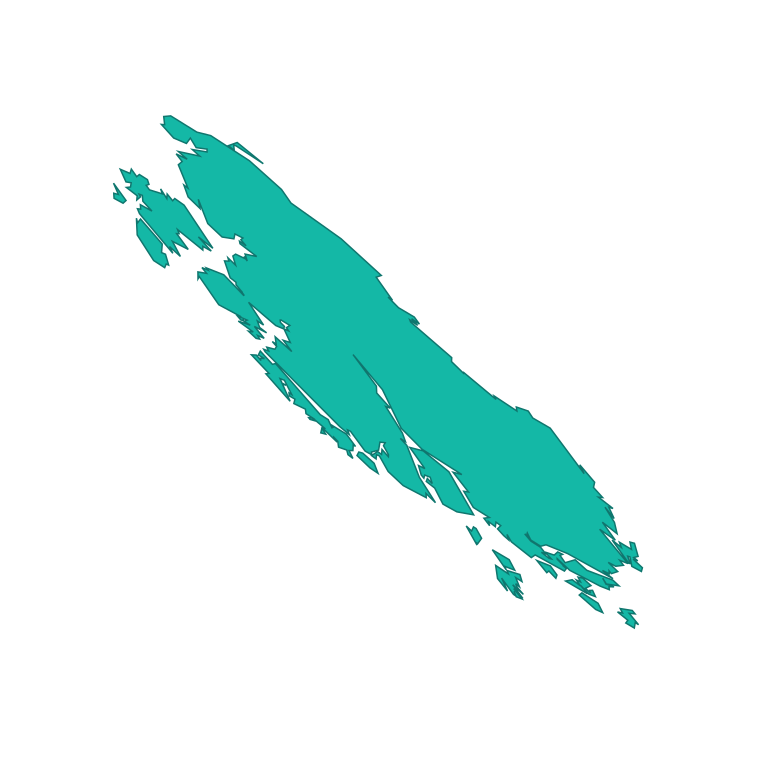 Hitra nor, Sør-Trøndelag, Norway (Equal Earth projection), rotated 232°
{"feature_id": "86288312B1227555163680", "entity_name": "Hitra nor", "entity_type": "district", "adm_level": 2, "iso_a3": "NOR", "parent_name": "Norway", "parent_adm1": "Sør-Trøndelag", "projection": "equal_earth", "projection_center": [8.707, 63.554], "detail": "fine", "context": "isolated", "style": "filled", "palette": "teal", "viewbox_px": 768, "rotation_deg": 232, "n_neighbors": 0, "source": "geoboundaries", "source_scale": "gbopen_adm2", "svg_char_len": 6131}
<svg xmlns="http://www.w3.org/2000/svg" viewBox="0 0 768 768"><g transform="rotate(232 384 384)"><path d="M548.2,302.6L525.9,312.4L523.7,312.6L527.2,310.4L522.6,310.6L520.4,312.4L522.6,313.3L518.6,315.5L519.4,312.4L512.7,314.8L523.3,307.9L505.5,313.0L509.1,309.7L498.7,311.3L495.9,313.7L500.1,314.3L493.8,317.7L509.2,317.3L496.6,323.0L505.1,320.8L511.6,323.0L504.6,325.4L531.8,327.6L496.7,334.7L489.3,338.8L490.7,341.0L496.4,340.3L498.3,341.5L497.9,342.2L488.1,345.9L488.5,341.8L484.6,341.5L489.0,339.1L474.4,335.7L480.5,331.5L466.3,331.3L488.2,327.3L481.8,323.6L486.2,322.1L479.7,322.5L478.6,319.4L485.2,314.3L481.0,313.4L485.4,310.6L482.6,310.2L377.7,322.9L365.6,325.5L370.3,327.0L367.3,328.5L342.7,327.8L335.7,330.8L338.1,332.2L335.2,339.0L340.7,345.0L337.0,348.8L335.7,345.6L325.5,344.0L324.0,342.7L333.6,342.1L330.0,338.7L334.7,337.4L335.3,330.1L329.8,331.6L332.9,334.6L330.2,336.1L312.5,333.4L292.1,336.6L268.4,347.3L271.9,349.7L258.8,351.5L288.7,354.4L321.6,364.2L331.1,363.3L325.3,365.4L334.1,368.3L365.1,371.5L361.0,374.1L381.4,372.7L387.0,376.7L426.3,377.7L380.5,379.3L338.4,370.3L309.2,373.8L264.7,389.6L271.9,384.1L246.9,384.1L250.4,380.8L231.7,378.4L214.0,384.8L216.7,380.1L207.3,380.0L211.3,381.7L203.0,383.9L206.2,387.2L200.5,388.8L200.0,384.3L190.8,385.0L184.5,386.2L189.8,388.3L181.2,387.2L156.5,393.2L156.2,397.9L125.5,411.0L126.3,414.1L130.5,413.2L131.0,413.6L139.3,412.6L139.8,413.0L122.7,415.7L91.6,429.9L83.2,434.9L85.7,436.5L82.5,440.4L89.6,435.7L96.4,436.8L89.5,436.1L80.3,444.9L88.5,443.6L112.4,429.1L127.8,426.4L131.7,416.7L140.6,417.2L139.8,419.9L144.7,417.5L144.4,412.8L152.5,407.4L143.1,408.2L145.1,406.7L154.5,404.4L150.6,406.9L158.8,406.9L169.7,403.0L179.3,402.6L174.4,403.6L177.9,404.5L178.4,405.2L170.7,403.6L159.7,407.6L157.5,412.7L137.3,424.3L89.6,444.6L102.6,441.3L95.8,444.7L98.2,446.3L94.6,446.4L92.3,452.7L105.4,450.9L97.7,454.4L93.7,461.1L100.0,461.2L92.3,465.7L136.8,464.5L118.5,470.1L140.7,471.0L122.5,475.5L133.1,480.4L150.9,482.3L136.3,482.5L148.5,485.3L144.9,487.8L162.8,483.3L159.9,486.4L173.5,485.4L176.9,489.5L199.8,488.5L190.1,486.5L246.9,487.8L265.6,480.3L273.9,481.0L284.4,474.1L280.9,472.1L306.6,463.5L302.9,462.8L344.9,453.7L342.5,453.4L360.1,451.0L363.1,453.6L416.4,443.1L418.7,443.8L409.5,446.6L418.5,445.9L409.4,448.8L418.1,449.1L435.2,442.4L450.0,440.7L444.7,442.2L473.0,443.6L471.2,448.7L524.9,439.6L583.9,422.1L600.4,423.0L642.8,415.4L686.4,400.4L697.7,391.6L726.6,381.0L730.4,375.1L723.4,370.8L725.6,368.4L707.3,369.7L695.2,376.4L697.0,382.8L685.9,381.5L678.0,389.2L675.8,387.4L686.8,377.3L677.0,379.1L693.8,365.1L682.3,367.3L693.3,361.9L683.6,361.9L683.4,356.9L659.1,350.1L664.0,348.8L652.0,344.8L635.5,347.1L643.9,351.4L618.9,343.9L599.5,346.9L590.8,355.1L594.0,358.9L585.9,362.7L585.8,360.0L577.8,360.4L585.4,358.0L583.2,356.9L562.8,362.2L571.9,354.5L565.1,351.9L570.7,352.3L568.3,351.7L577.7,347.0L577.9,343.7L569.0,340.2L579.5,338.7L576.3,337.4L579.2,334.1L562.4,328.2L555.3,330.0L553.2,328.5L543.5,328.8L543.1,328.4L540.9,328.5L539.7,328.0L568.7,325.0L584.8,315.5L582.1,315.4L587.8,312.2L580.4,312.3L586.9,306.4L581.4,302.2L582.4,304.6L548.2,302.6ZM668.8,296.2L617.0,298.1L624.4,299.6L609.9,302.1L626.7,305.1L610.6,312.6L630.2,313.2L628.6,315.1L632.8,316.4L601.1,323.7L604.0,326.0L595.1,329.7L614.2,328.3L596.3,332.7L648.0,336.6L659.0,333.3L658.5,330.3L667.2,330.1L663.8,327.0L675.3,328.1L670.3,326.4L681.4,318.7L687.0,318.9L686.0,321.7L690.7,323.4L699.7,320.2L699.6,316.8L708.9,317.2L706.3,313.5L715.6,308.4L702.1,305.1L698.2,308.7L695.3,305.5L697.5,302.0L684.3,305.4L681.2,302.5L681.4,307.4L684.4,307.9L681.4,309.7L676.5,306.5L663.1,307.6L675.3,302.4L671.6,299.9L673.9,297.6L668.8,296.2ZM464.7,297.2L428.2,299.4L446.3,303.9L443.3,306.1L447.5,304.2L452.3,305.4L448.3,307.8L432.5,304.8L435.5,303.7L432.9,302.1L426.9,304.5L424.1,300.9L412.6,306.6L408.7,304.3L401.2,306.8L403.8,303.9L401.7,303.9L397.8,306.7L400.7,306.5L400.9,306.9L384.7,310.2L387.7,308.2L384.4,304.1L380.4,307.2L386.1,307.7L383.9,308.9L367.0,311.3L372.0,310.8L373.0,311.7L367.3,312.3L362.2,309.3L354.9,314.0L350.5,312.1L344.5,313.7L353.1,315.5L350.7,318.5L355.1,322.4L352.3,323.1L367.7,323.5L383.1,317.7L381.2,317.2L381.5,316.0L390.3,318.1L399.1,314.9L466.9,311.1L468.2,308.2L486.1,306.8L484.2,302.8L477.6,305.5L480.5,302.3L478.2,301.5L485.4,301.2L488.6,297.5L463.1,299.9L464.7,297.2ZM253.0,356.5L238.4,362.7L225.7,374.1L274.9,381.1L307.2,373.7L318.1,365.3L292.2,364.1L298.5,361.0L289.4,357.3L285.2,357.4L287.2,360.0L282.1,363.0L275.8,360.7L282.9,360.0L281.2,357.3L270.8,359.9L253.0,356.5ZM623.1,278.5L610.7,282.8L612.6,286.2L610.3,287.5L620.8,291.7L624.5,289.6L630.8,295.4L663.9,293.7L662.7,289.0L667.1,291.0L653.4,281.3L623.1,278.5ZM160.8,353.7L144.8,353.9L158.7,357.2L138.5,356.5L136.3,357.2L140.7,358.9L134.9,357.2L129.7,360.4L143.0,360.2L129.5,361.4L146.6,361.8L132.4,364.3L141.8,363.8L145.6,364.8L140.9,365.9L150.3,368.6L143.4,371.1L150.2,373.8L161.3,366.1L157.8,365.1L172.3,360.3L160.8,353.7ZM120.6,467.7L92.0,466.5L90.3,468.1L91.7,467.7L98.3,470.0L96.4,471.4L87.7,467.0L77.8,471.4L80.1,474.5L92.6,472.5L88.4,475.1L93.5,474.0L91.7,478.1L104.3,483.3L108.0,480.5L101.3,477.2L114.4,472.1L109.1,470.4L120.6,467.7ZM116.9,405.8L93.4,415.2L104.6,414.9L92.3,416.0L86.3,419.7L93.0,421.3L94.7,419.0L92.0,418.1L99.0,416.9L97.7,423.0L108.6,421.1L112.4,418.0L107.1,417.0L111.2,414.9L103.9,414.5L113.9,411.8L116.9,405.8ZM186.7,367.3L162.3,365.9L166.0,366.9L156.8,372.4L168.5,374.5L186.7,367.3ZM46.8,427.4L37.6,431.0L41.3,435.1L37.6,436.4L52.4,436.0L48.3,440.3L52.7,440.2L61.6,431.9L56.6,431.0L60.6,427.7L47.7,430.7L46.8,427.4ZM97.5,407.9L76.0,412.0L69.2,415.6L79.4,417.7L97.6,411.4L97.5,407.9ZM667.6,408.2L660.3,409.8L664.9,412.7L662.6,414.1L631.9,424.5L664.7,417.0L667.6,408.2ZM221.5,361.4L199.7,358.1L202.6,358.9L200.5,359.6L202.3,365.9L213.4,367.6L216.3,366.5L214.2,362.5L221.5,361.4ZM150.8,395.8L135.1,396.1L135.1,398.8L125.1,399.8L127.0,402.7L138.2,403.1L150.8,395.8ZM344.3,318.7L326.5,321.3L317.3,324.3L327.6,327.4L342.6,324.7L345.9,322.3L344.3,318.7ZM696.5,285.6L687.1,289.7L687.4,293.7L708.8,294.5L696.8,291.4L700.7,288.5L696.5,285.6Z" fill="#14b8a6" stroke="#0f766e" stroke-width="1.5"/></g></svg>